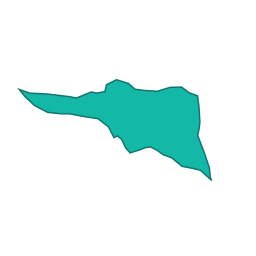 Säter, Dalarna, Sweden (Mercator projection), rotated 241°
{"feature_id": "70781695B35872572180279", "entity_name": "Säter", "entity_type": "district", "adm_level": 2, "iso_a3": "SWE", "parent_name": "Sweden", "parent_adm1": "Dalarna", "projection": "mercator", "projection_center": [15.721, 60.435], "detail": "fine", "context": "isolated", "style": "filled", "palette": "teal", "viewbox_px": 256, "rotation_deg": 241, "n_neighbors": 0, "source": "geoboundaries", "source_scale": "gbopen_adm2", "svg_char_len": 746}
<svg xmlns="http://www.w3.org/2000/svg" viewBox="0 0 256 256"><g transform="rotate(241 128 128)"><path d="M122.4,204.4L129.1,198.6L137.8,194.7L143.1,184.6L146.0,171.2L153.2,160.1L158.5,152.9L166.7,150.0L175.8,141.3L176.3,130.2L171.0,125.4L173.9,117.2L177.3,113.4L179.2,97.5L184.0,91.7L196.5,74.4L206.1,59.0L214.4,51.6L205.2,53.2L193.1,57.1L180.6,65.3L172.9,76.3L168.6,84.0L160.4,93.7L150.8,106.2L138.3,111.5L126.4,111.1L126.2,115.0L121.3,116.9L111.6,116.4L105.3,117.7L103.2,127.5L102.3,134.2L100.4,138.6L94.8,142.4L87.5,145.9L80.7,151.8L75.0,154.0L68.2,156.7L61.7,164.6L56.0,170.8L41.6,175.8L44.4,175.9L53.7,179.8L69.0,182.7L87.6,185.3L93.5,190.3L98.2,193.7L112.5,200.5L122.4,204.4Z" fill="#14b8a6" stroke="#0f766e" stroke-width="1.5"/></g></svg>